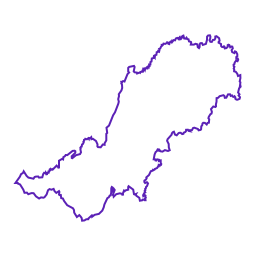 the district of Lampung Tengah, Lampung, Indonesia
{"feature_id": "22746128B57273633041967", "entity_name": "Lampung Tengah", "entity_type": "district", "adm_level": 2, "iso_a3": "IDN", "parent_name": "Indonesia", "parent_adm1": "Lampung", "projection": "equal_earth", "projection_center": [105.295, -4.874], "detail": "fine", "context": "isolated", "style": "outline", "palette": "violet", "viewbox_px": 256, "rotation_deg": 0, "n_neighbors": 0, "source": "geoboundaries", "source_scale": "gbopen_adm2", "svg_char_len": 5796}
<svg xmlns="http://www.w3.org/2000/svg" viewBox="0 0 256 256"><path d="M153.3,170.3L154.7,169.5L154.8,169.0L157.1,168.0L158.2,166.2L158.5,166.3L158.7,165.0L159.7,165.6L159.9,164.9L161.0,164.9L161.3,164.0L160.7,162.9L160.7,160.5L159.0,161.0L159.2,159.8L157.4,159.4L156.2,160.6L155.5,160.4L155.5,159.4L153.7,159.3L154.6,154.5L155.6,152.1L156.7,151.2L157.7,149.3L158.3,149.4L158.4,150.6L159.2,150.8L159.6,150.1L160.5,151.3L162.5,151.6L164.9,150.1L168.0,151.0L169.7,150.2L168.8,147.4L168.7,144.0L167.1,140.8L167.6,139.2L171.6,134.7L171.9,133.3L172.8,132.2L173.9,131.7L175.0,134.6L176.7,135.3L178.6,133.1L179.5,132.8L180.7,132.8L182.2,134.1L183.4,133.8L183.7,132.7L185.3,132.0L186.1,130.9L186.1,129.8L187.9,129.7L188.6,130.9L189.6,131.1L189.2,130.7L189.5,130.2L191.9,130.2L193.1,128.0L194.3,127.7L197.9,129.0L198.6,130.3L200.6,129.9L201.1,129.2L201.3,126.3L202.2,125.3L202.5,123.5L203.2,122.8L204.9,122.9L206.7,124.5L207.6,122.9L208.9,122.7L209.2,119.3L208.4,118.2L208.8,116.8L210.4,114.2L211.5,113.6L211.9,111.9L211.0,109.1L213.3,106.5L215.4,107.0L216.0,106.4L215.9,104.4L216.5,101.8L216.6,98.1L218.1,97.8L219.6,96.2L223.4,95.2L224.4,95.9L224.8,97.8L226.3,97.7L228.0,94.4L230.0,94.3L230.7,95.9L232.0,95.4L232.7,96.6L233.5,96.9L234.5,96.2L235.3,97.3L235.3,98.7L236.4,99.6L237.5,99.7L239.6,98.8L240.0,97.2L238.6,95.5L239.5,94.3L238.1,92.5L239.1,88.3L240.6,86.7L240.4,85.6L239.9,86.2L240.4,82.3L239.7,81.5L240.4,78.1L240.3,75.1L238.0,76.0L237.3,73.8L235.8,71.8L234.1,71.3L234.2,69.3L233.7,68.6L234.4,66.8L233.7,66.2L233.6,64.6L234.4,64.1L234.7,62.5L236.1,60.6L237.5,61.2L238.2,59.8L237.8,58.6L236.3,58.6L236.3,57.0L237.3,56.3L237.3,54.2L236.1,51.9L235.0,51.4L234.4,53.1L232.2,52.1L231.6,50.2L232.8,48.3L232.3,46.6L231.4,46.5L230.2,47.3L229.3,45.0L228.4,44.7L227.7,45.1L227.7,46.8L226.4,48.1L224.8,48.4L224.5,46.7L224.0,46.3L223.3,47.1L222.1,47.0L221.2,46.2L221.0,44.0L218.6,42.7L218.6,41.9L219.6,40.8L219.1,38.2L216.5,36.2L215.3,36.5L215.3,38.4L214.5,39.8L212.9,39.9L211.8,41.9L210.4,41.8L209.5,40.1L210.2,38.7L210.4,36.6L209.9,35.3L208.1,35.5L207.1,36.6L207.0,39.9L205.9,43.9L202.8,44.9L201.9,43.1L200.4,43.2L199.7,44.2L199.6,47.0L199.0,48.1L197.8,47.2L197.3,44.3L195.5,43.8L193.9,44.6L190.8,44.6L191.2,42.9L190.9,41.9L189.0,41.4L188.5,39.3L187.3,39.1L186.5,37.7L185.7,38.7L184.2,38.5L183.4,35.6L182.9,35.8L182.6,37.2L181.7,36.8L181.7,37.9L180.9,39.0L180.1,38.7L180.4,37.7L179.9,37.3L179.7,38.3L179.3,37.7L178.6,37.9L178.5,39.0L177.2,37.9L175.8,38.5L175.1,40.3L173.7,40.1L172.1,42.1L171.8,41.2L171.3,42.1L170.5,41.6L169.8,42.3L169.3,44.1L168.6,43.9L169.0,42.4L168.7,42.9L167.2,42.3L167.0,42.9L165.2,43.9L163.5,43.6L162.9,44.9L161.8,44.9L162.0,45.8L161.1,46.5L160.3,48.4L159.1,48.9L159.5,50.0L159.1,51.7L158.1,51.1L157.9,51.9L156.7,52.2L156.4,54.8L154.9,55.3L154.9,56.3L154.5,56.2L154.6,57.6L153.8,56.8L153.6,58.0L151.8,58.5L151.5,61.5L150.4,62.1L150.4,64.4L149.6,64.5L149.6,65.3L149.1,65.0L149.1,66.4L148.7,66.5L148.6,67.3L147.7,66.6L147.2,67.0L147.6,67.4L147.4,68.5L145.4,68.2L145.0,69.7L144.5,68.5L143.3,68.6L143.5,69.4L142.7,70.2L143.4,70.7L143.0,71.7L140.5,71.9L140.1,72.8L139.7,72.5L137.1,73.5L136.9,72.6L134.6,72.3L133.7,71.4L134.6,67.0L134.0,65.9L129.2,66.9L128.2,67.9L128.2,71.5L129.1,72.5L127.5,74.1L124.5,81.5L123.6,81.1L122.5,81.3L122.1,82.3L121.4,82.1L121.6,82.9L121.3,83.4L122.0,84.7L122.2,88.0L121.4,90.5L118.8,94.2L119.0,96.1L118.2,99.1L118.8,101.7L118.3,103.7L115.0,112.3L113.1,115.3L109.0,125.6L106.5,127.7L107.2,132.9L106.3,133.8L106.3,140.4L104.6,143.3L104.6,144.8L102.8,144.5L100.7,147.3L98.0,147.1L97.4,146.4L97.5,144.3L96.0,141.0L92.9,138.8L91.5,139.2L91.2,137.2L90.1,138.2L89.1,138.0L88.9,139.0L88.3,138.2L86.9,139.3L85.3,138.8L85.0,139.5L84.0,139.9L83.8,141.7L83.4,141.9L83.6,142.6L82.8,144.1L82.0,144.5L81.7,146.6L81.0,146.8L80.3,147.9L80.7,148.6L80.4,149.5L81.0,152.3L80.0,154.1L76.0,155.2L72.3,158.2L71.8,158.0L71.7,156.3L75.3,152.8L75.3,151.2L74.6,150.7L72.6,150.9L67.3,155.1L65.7,155.0L64.8,156.3L63.4,157.1L63.1,159.4L62.1,158.9L59.0,160.7L59.0,167.5L58.5,167.6L58.3,166.5L57.5,166.7L56.6,165.6L52.9,169.4L52.7,169.0L51.5,169.6L50.8,169.0L50.4,170.0L49.7,169.6L49.2,171.5L48.5,171.5L48.5,172.8L47.2,172.8L47.1,173.5L46.7,173.3L46.8,174.2L46.3,174.3L45.6,172.7L45.4,173.3L44.1,172.8L43.2,174.1L42.3,177.3L39.0,177.6L38.2,176.5L35.9,176.6L34.6,177.0L33.5,178.7L28.4,177.6L26.6,175.9L23.7,171.3L23.0,172.9L21.0,174.2L19.9,176.7L15.4,183.0L17.7,183.0L17.8,183.5L20.1,184.5L23.3,189.6L24.5,192.8L26.9,192.6L28.3,194.2L31.5,193.1L33.6,193.2L36.0,196.4L39.1,198.5L41.0,197.4L43.5,197.7L44.5,197.2L46.6,194.5L48.0,190.3L49.5,189.1L51.5,189.7L53.6,188.9L54.6,191.2L56.3,192.9L59.0,191.1L59.4,191.9L59.0,194.6L59.6,195.1L60.8,195.0L61.2,198.1L62.9,198.5L64.1,201.0L67.2,205.2L73.0,208.3L74.0,210.1L74.2,212.6L76.9,217.0L79.3,215.1L80.5,216.4L81.6,217.9L82.1,220.7L84.5,220.4L86.2,219.3L88.2,219.2L88.2,218.7L91.9,215.3L92.3,215.4L92.3,216.6L94.7,214.8L98.9,213.9L102.3,210.6L103.7,207.4L104.4,204.5L107.4,198.1L108.8,197.3L109.6,195.7L110.5,195.5L111.2,192.9L111.3,188.2L111.8,187.0L112.3,187.3L112.3,191.6L112.8,191.8L113.9,188.9L114.7,190.0L112.8,195.0L113.5,195.4L113.7,196.7L116.2,194.2L119.9,193.3L122.0,193.9L122.3,194.7L123.0,194.6L122.9,193.4L124.0,190.6L124.7,191.2L125.5,190.4L128.2,189.7L128.2,186.9L128.6,186.2L133.2,189.6L134.0,194.2L134.6,194.5L136.1,193.9L135.7,194.6L136.4,195.8L139.3,197.8L139.9,200.7L142.2,200.3L142.7,199.6L143.9,199.8L144.4,199.2L144.8,200.2L145.5,200.2L145.3,198.7L145.8,197.5L145.3,196.8L145.5,195.6L144.7,195.0L143.3,196.1L143.1,195.2L144.3,193.0L145.3,192.4L144.6,191.0L145.4,190.1L145.1,189.0L145.8,188.4L146.0,187.0L147.0,186.1L148.0,183.4L146.9,182.2L145.1,183.0L144.3,181.9L144.4,180.6L145.9,179.6L146.6,178.4L146.3,177.4L149.0,175.0L150.8,171.2L152.3,170.8L152.9,169.9L153.3,170.3Z" fill="none" stroke="#5b21b6" stroke-width="2"/></svg>